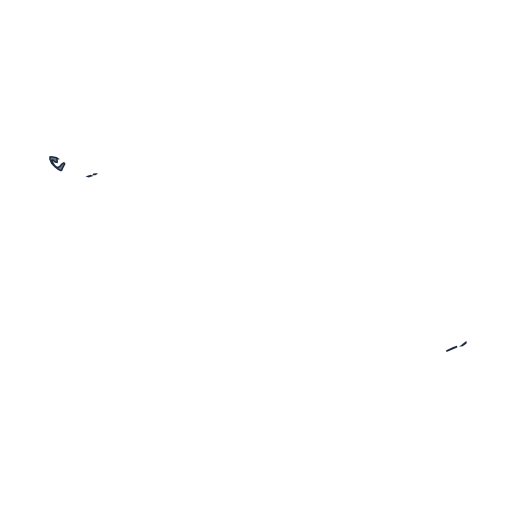 Bimini, orthographic projection, rotated 288°
{"feature_id": "BHS-5039", "entity_name": "Bimini", "entity_type": "District", "adm_level": 1, "iso_a3": "BHS", "parent_name": "The Bahamas", "parent_adm1": "", "projection": "orthographic", "projection_center": [-79.337, 24.634], "detail": "fine", "context": "isolated", "style": "filled", "palette": "slate", "viewbox_px": 512, "rotation_deg": 288, "n_neighbors": 0, "source": "natural_earth", "source_scale": "10m", "svg_char_len": 703}
<svg xmlns="http://www.w3.org/2000/svg" viewBox="0 0 512 512"><g transform="rotate(288 256 256)"><path d="M286.6,29.5L287.3,31.6L287.8,35.8L287.3,37.4L287.0,36.6L285.8,37.2L283.6,37.9L283.3,36.0L284.5,33.1L283.8,32.1L281.4,34.4L280.1,36.1L279.2,37.6L278.8,40.2L280.7,41.8L283.4,42.9L285.2,44.5L284.5,45.6L279.6,44.8L277.5,44.7L276.9,43.8L277.4,41.0L278.8,37.2L281.2,32.9L284.6,30.0L286.6,29.5ZM229.8,472.1L231.7,474.6L231.4,474.8L224.2,466.5L225.2,467.2L229.8,472.1ZM238.8,482.2L238.1,482.5L234.7,480.1L234.3,479.3L238.8,482.2ZM279.7,72.3L279.7,71.5L281.4,73.8L281.3,74.5L279.7,72.3ZM283.3,76.4L283.7,76.5L284.5,78.5L284.1,78.3L283.3,76.4Z" fill="#64748b" stroke="#1e293b" stroke-width="1.5"/></g></svg>